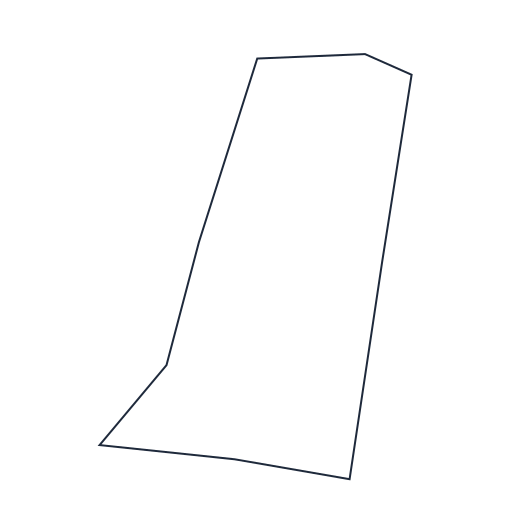 Santa Luċija, Mercator projection, rotated 276°
{"feature_id": "MLT-5965", "entity_name": "Santa Luċija", "entity_type": "state/province", "adm_level": 1, "iso_a3": "MLT", "parent_name": "Malta", "parent_adm1": "", "projection": "mercator", "projection_center": [14.503, 35.854], "detail": "fine", "context": "isolated", "style": "outline", "palette": "slate", "viewbox_px": 512, "rotation_deg": 276, "n_neighbors": 0, "source": "natural_earth", "source_scale": "10m", "svg_char_len": 283}
<svg xmlns="http://www.w3.org/2000/svg" viewBox="0 0 512 512"><g transform="rotate(276 256 256)"><path d="M452.5,236.6L468.2,343.3L452.5,391.8L263.9,382.1L43.8,372.4L51.6,256.0L51.6,120.2L138.1,178.4L263.9,197.8L452.5,236.6Z" fill="none" stroke="#1e293b" stroke-width="2"/></g></svg>